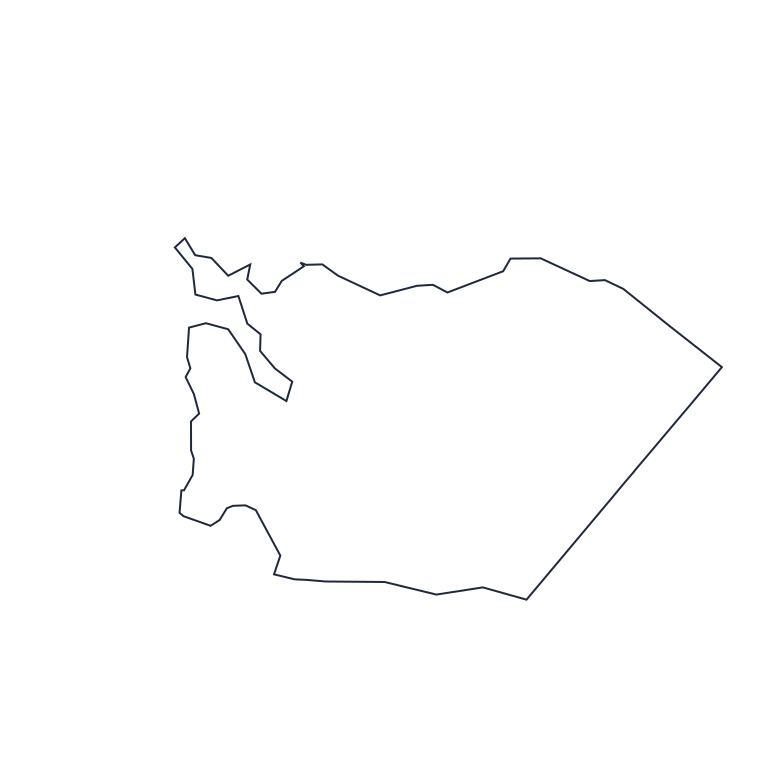 the district of Harford, Maryland, United States of America, rotated 130°
{"feature_id": "52423323B62898369623051", "entity_name": "Harford", "entity_type": "district", "adm_level": 2, "iso_a3": "USA", "parent_name": "United States of America", "parent_adm1": "Maryland", "projection": "albers", "projection_center": [-76.28, 39.511], "detail": "fine", "context": "isolated", "style": "outline", "palette": "slate", "viewbox_px": 768, "rotation_deg": 130, "n_neighbors": 0, "source": "geoboundaries", "source_scale": "gbopen_adm2", "svg_char_len": 1186}
<svg xmlns="http://www.w3.org/2000/svg" viewBox="0 0 768 768"><g transform="rotate(130 384 384)"><path d="M344.7,526.0L345.4,521.1L351.3,522.8L370.7,528.6L382.2,526.9L383.4,526.7L393.6,535.9L391.9,555.9L378.4,563.3L379.1,563.6L401.2,572.9L398.4,597.3L406.7,611.4L400.3,630.3L413.8,632.0L419.0,604.7L436.7,586.0L427.3,565.7L410.2,552.1L425.6,527.5L425.3,510.5L438.3,500.2L442.2,477.6L441.2,455.8L459.8,447.8L465.7,484.0L450.3,509.4L442.2,538.5L451.9,559.5L466.1,569.6L490.0,552.2L496.5,542.4L506.2,540.4L513.9,523.2L525.5,506.6L536.7,507.8L558.9,489.1L563.5,481.6L576.7,472.1L593.9,468.9L595.8,470.8L614.1,457.8L614.1,452.5L604.1,425.7L593.8,422.5L580.2,424.5L574.4,421.4L566.0,412.1L563.0,401.1L582.1,353.1L600.5,345.9L591.2,327.1L583.4,316.8L572.9,301.9L535.3,256.3L511.7,208.6L476.3,177.6L457.6,136.2L457.4,136.2L451.8,136.2L324.8,136.2L324.3,136.2L310.8,136.3L302.9,136.3L289.9,136.2L289.8,136.3L268.6,136.2L223.8,136.1L201.0,136.0L153.9,136.0L156.1,205.1L157.3,261.7L162.4,281.5L172.9,292.6L187.0,344.7L206.6,367.7L221.0,365.2L273.1,394.2L276.6,410.3L287.6,421.9L318.6,443.9L330.6,488.9L332.0,508.1L342.7,520.2L344.7,526.0Z" fill="none" stroke="#1e293b" stroke-width="2"/></g></svg>